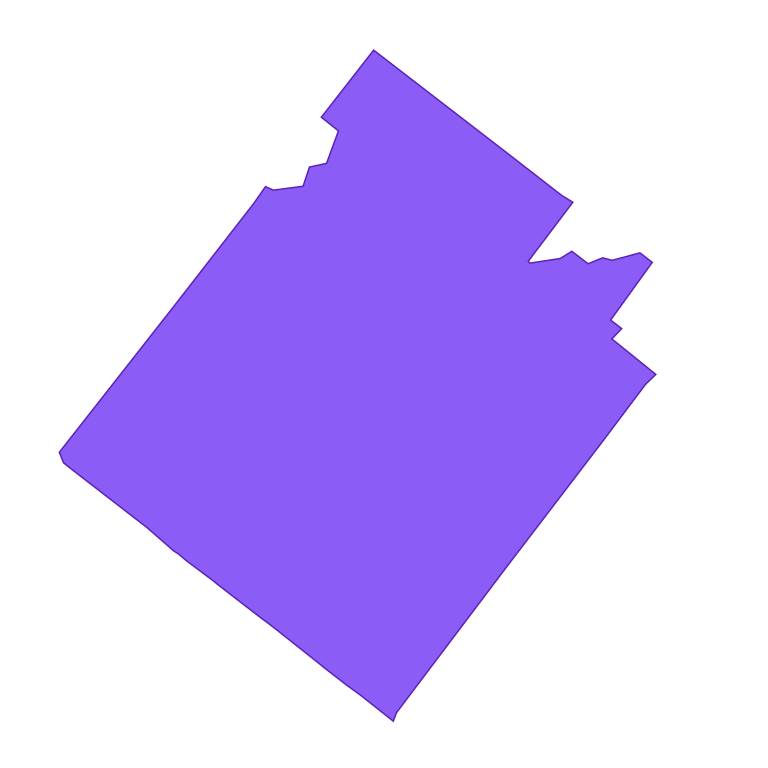 Covington, Alabama, United States of America (orthographic projection), rotated 38°
{"feature_id": "52423323B38524451377565", "entity_name": "Covington", "entity_type": "district", "adm_level": 2, "iso_a3": "USA", "parent_name": "United States of America", "parent_adm1": "Alabama", "projection": "orthographic", "projection_center": [-86.436, 31.261], "detail": "fine", "context": "isolated", "style": "filled", "palette": "violet", "viewbox_px": 768, "rotation_deg": 38, "n_neighbors": 0, "source": "geoboundaries", "source_scale": "gbopen_adm2", "svg_char_len": 806}
<svg xmlns="http://www.w3.org/2000/svg" viewBox="0 0 768 768"><g transform="rotate(38 384 384)"><path d="M593.2,450.8L591.6,294.3L590.3,223.4L592.3,209.1L535.8,208.2L537.2,194.0L523.2,194.1L520.5,123.0L504.9,123.1L487.7,146.0L478.6,150.0L470.8,163.6L450.3,163.8L445.6,176.6L424.5,199.0L422.1,198.4L420.9,124.5L408.1,126.0L338.5,126.2L170.3,127.3L170.4,212.4L192.3,212.6L202.9,245.5L191.7,258.9L198.5,278.0L177.4,299.4L169.1,301.4L170.2,321.9L170.6,450.7L170.2,637.7L180.1,643.4L188.4,643.5L199.8,643.5L281.0,643.1L284.4,643.0L320.8,645.0L326.7,644.5L337.5,644.9L372.3,644.2L375.3,644.4L416.9,644.2L427.7,644.1L430.5,644.1L442.3,643.8L446.7,643.8L450.3,643.8L500.7,644.2L513.6,644.4L541.0,644.3L556.1,643.7L598.9,644.0L596.2,635.2L593.2,450.8Z" fill="#8b5cf6" stroke="#5b21b6" stroke-width="1.5"/></g></svg>